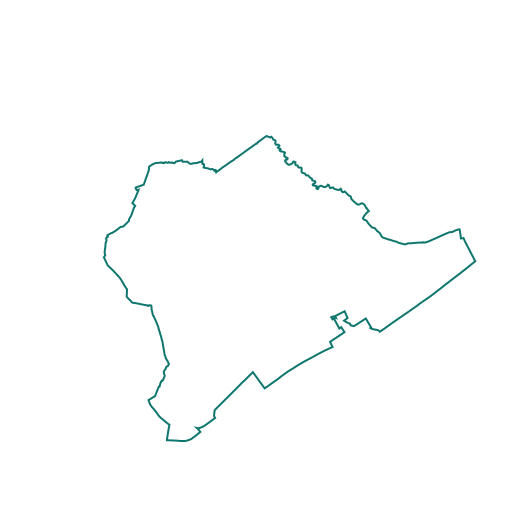 the district of Cuautitlán Izcalli, México, Mexico, rotated 54°
{"feature_id": "50627088B3961407760868", "entity_name": "Cuautitlán Izcalli", "entity_type": "district", "adm_level": 2, "iso_a3": "MEX", "parent_name": "Mexico", "parent_adm1": "México", "projection": "orthographic", "projection_center": [-99.233, 19.658], "detail": "fine", "context": "isolated", "style": "outline", "palette": "teal", "viewbox_px": 512, "rotation_deg": 54, "n_neighbors": 0, "source": "geoboundaries", "source_scale": "gbopen_adm2", "svg_char_len": 6080}
<svg xmlns="http://www.w3.org/2000/svg" viewBox="0 0 512 512"><g transform="rotate(54 256 256)"><path d="M176.4,381.5L183.5,380.2L191.7,379.2L195.2,379.0L204.9,380.0L207.1,379.9L213.0,384.6L221.0,383.5L223.9,380.6L230.1,374.9L232.3,372.7L232.9,372.7L233.1,372.5L233.1,371.2L234.5,369.9L236.3,370.7L237.1,371.4L237.9,371.9L241.8,373.5L242.9,374.1L244.4,374.3L244.6,374.1L245.6,374.3L246.4,374.6L249.7,375.2L255.4,376.6L258.2,377.7L266.6,380.6L268.5,381.5L269.8,381.8L282.5,388.1L284.6,388.5L285.6,389.1L288.8,389.3L292.1,389.9L292.6,390.8L293.3,392.2L293.0,393.2L293.0,393.6L293.0,393.9L294.0,395.1L294.5,396.2L294.6,397.2L295.1,397.9L295.4,398.5L296.2,399.0L296.6,399.4L297.8,399.8L298.8,400.0L299.3,400.3L299.6,400.6L300.7,402.7L301.6,403.7L301.7,404.0L301.5,404.8L301.9,405.1L301.9,405.4L301.8,406.0L301.7,406.5L301.8,406.8L302.3,407.1L302.7,408.1L305.0,410.9L304.6,411.5L310.0,420.0L309.4,427.6L311.6,428.3L314.2,429.0L316.6,429.0L321.9,428.5L325.5,428.5L327.9,428.6L330.8,428.2L339.7,425.9L341.6,425.2L345.3,429.1L351.9,435.7L352.7,436.3L359.3,428.0L361.3,425.8L363.9,422.3L364.9,420.0L365.6,417.7L366.0,416.1L366.0,412.7L365.6,404.4L361.8,404.6L360.4,404.9L361.4,404.0L361.9,403.0L362.3,401.8L363.0,398.2L363.1,392.7L363.0,384.3L361.5,384.1L360.7,383.9L359.1,382.5L357.9,381.4L356.9,380.5L356.5,380.1L356.3,379.4L355.2,372.4L352.0,351.8L350.2,341.0L349.8,337.4L348.1,326.8L368.2,326.8L368.3,316.4L368.4,311.0L368.2,306.0L368.2,298.2L368.7,292.3L369.0,286.2L369.8,278.4L370.9,270.8L371.8,263.2L372.9,256.1L374.6,247.5L369.0,246.6L369.6,229.2L363.7,228.9L363.7,231.2L352.5,229.7L352.3,231.3L349.7,231.1L350.1,229.4L350.4,228.9L350.8,228.7L352.1,228.4L353.1,227.7L351.1,227.4L352.8,216.8L360.0,218.4L360.1,222.8L363.0,221.6L366.1,219.7L367.7,220.2L370.3,218.0L370.7,212.0L371.1,203.9L381.7,204.9L381.6,205.8L382.2,205.6L384.1,204.3L385.4,203.0L387.1,201.4L388.2,200.7L389.5,200.2L390.0,200.3L390.2,195.3L390.2,187.8L390.5,173.6L390.7,168.4L390.9,155.5L390.8,150.6L391.1,138.5L390.8,128.7L390.8,126.4L390.5,120.5L390.2,110.1L389.8,95.0L389.1,81.7L367.2,78.4L363.4,77.6L362.3,79.9L355.6,76.3L354.0,75.7L353.2,77.5L352.6,79.3L352.0,82.9L350.4,85.8L349.9,87.8L348.7,93.2L347.1,101.4L346.9,101.7L345.8,107.3L344.6,111.0L343.6,112.6L343.1,112.8L342.9,113.1L343.1,113.3L340.4,117.1L336.5,123.6L335.0,125.7L334.7,127.5L334.1,128.8L330.7,131.6L328.8,133.1L327.0,133.9L324.9,135.8L322.2,137.6L320.5,139.1L315.5,142.6L313.9,142.9L311.4,142.5L309.9,142.4L307.4,143.2L306.2,143.4L304.5,143.4L303.2,143.6L302.7,143.9L302.2,144.5L300.9,145.4L295.7,146.0L292.6,145.8L292.2,145.9L290.0,147.2L289.1,147.4L288.5,147.4L287.9,146.6L287.0,144.5L286.0,140.2L286.1,138.4L284.7,138.3L283.2,138.5L282.4,138.3L281.8,138.6L279.1,138.2L277.7,138.2L276.0,139.0L275.4,139.6L275.0,142.1L274.4,143.3L273.6,143.7L269.7,144.8L265.9,145.3L263.8,144.4L262.8,144.7L261.0,145.6L257.4,146.0L255.9,146.3L255.7,147.9L255.5,148.2L255.2,148.4L254.5,148.6L253.4,148.6L252.3,147.9L251.7,147.9L251.8,148.1L251.4,148.7L251.4,149.2L251.4,149.8L251.3,150.2L250.5,151.0L248.0,153.0L247.2,153.3L245.9,153.3L245.4,154.1L245.1,155.5L244.4,156.1L241.5,155.5L240.8,155.7L240.5,156.0L241.0,156.8L241.1,157.2L241.0,159.0L240.8,159.9L239.4,161.0L237.8,161.8L237.2,162.4L237.0,163.0L236.9,164.8L238.0,165.9L238.1,166.5L238.1,166.9L237.8,167.1L237.2,167.4L236.9,167.3L236.5,167.2L236.1,166.9L235.3,165.9L235.1,165.9L234.9,166.0L232.5,168.2L232.2,168.4L231.6,168.2L231.4,167.5L231.6,165.4L231.3,164.7L230.9,164.4L230.5,164.3L230.0,164.4L229.6,164.7L228.8,165.4L228.0,165.9L227.4,165.9L226.6,165.5L226.2,165.3L224.4,166.2L221.8,166.4L221.3,166.6L221.0,166.9L220.5,167.9L220.4,168.0L219.4,168.1L218.2,168.0L217.5,168.3L216.8,169.0L215.9,169.6L215.3,169.8L214.8,169.7L213.7,169.0L211.9,167.5L211.6,167.4L211.1,167.6L210.6,168.0L209.8,169.2L209.5,169.3L209.3,169.5L208.9,169.6L208.3,169.3L207.4,169.2L206.8,169.5L206.3,170.1L205.7,170.4L205.3,170.4L204.6,170.1L204.2,169.9L203.6,169.1L203.2,168.9L202.5,169.3L201.6,170.1L201.6,170.8L201.8,171.1L202.4,171.8L202.4,172.5L202.2,174.0L202.0,174.3L201.8,175.2L201.5,175.9L200.2,176.5L197.0,176.8L196.1,176.6L195.5,175.3L196.2,174.4L195.8,173.1L195.4,172.9L192.0,174.5L189.9,172.9L189.7,172.0L189.2,171.8L187.8,172.7L185.6,174.7L184.6,174.8L184.4,173.5L183.5,173.3L182.8,174.1L182.1,174.4L181.2,174.6L180.6,172.3L179.3,172.3L177.9,174.1L177.4,174.6L176.2,174.2L175.6,173.8L175.0,172.9L174.5,172.6L173.8,172.5L171.9,173.6L170.2,173.2L168.5,173.6L168.5,174.8L165.1,177.0L165.0,178.5L165.1,187.4L165.2,188.6L165.4,188.6L165.6,188.8L165.6,189.3L165.2,190.1L165.1,203.0L165.1,213.8L164.9,215.7L165.2,217.2L164.9,221.2L164.9,226.3L164.7,230.8L164.8,233.6L164.8,234.8L164.9,236.4L164.8,237.7L164.9,239.1L164.4,239.0L163.7,239.1L163.4,238.9L163.2,238.1L162.6,238.1L162.4,238.5L162.3,239.6L161.1,239.7L160.1,240.0L159.7,240.6L159.3,241.8L156.8,243.4L154.7,245.5L153.6,246.4L153.4,246.3L153.0,245.4L152.0,244.6L151.3,244.3L150.8,244.3L150.5,244.6L150.3,245.0L150.0,245.2L149.1,244.5L148.5,244.2L147.1,243.2L147.6,244.9L146.6,247.0L146.0,249.3L144.4,251.6L143.3,254.5L141.6,255.6L139.5,256.0L136.6,260.0L135.0,259.6L132.6,265.1L132.6,265.6L132.8,266.2L133.0,267.2L132.5,268.0L131.8,268.4L131.7,268.6L131.0,268.9L130.8,269.8L129.6,270.8L129.3,271.3L128.8,271.5L128.9,272.0L128.9,272.5L128.4,272.9L127.0,274.0L126.9,274.2L126.8,274.7L126.4,275.7L126.3,275.9L126.6,276.0L126.2,276.5L125.7,276.8L125.4,276.9L125.3,277.1L125.3,277.4L124.8,277.8L124.3,278.1L124.2,278.3L124.1,278.8L122.4,281.6L121.8,282.6L121.6,283.2L121.2,285.0L120.9,288.1L120.9,290.0L122.5,291.3L124.1,292.9L124.2,293.1L132.3,304.9L129.9,313.1L130.9,313.7L132.5,313.8L133.3,312.0L134.7,314.0L138.2,319.8L140.6,324.9L144.5,324.3L145.2,326.4L149.9,333.1L151.8,337.3L152.9,338.0L153.5,341.8L153.8,344.1L154.1,345.5L154.0,346.6L152.9,348.3L152.9,349.6L153.0,351.2L153.1,354.2L152.8,358.6L152.3,360.0L151.9,364.1L152.5,364.6L153.3,364.6L153.3,366.0L153.7,366.9L154.5,367.4L155.2,367.5L156.0,368.3L156.8,369.7L160.9,373.3L161.9,374.4L164.2,376.4L165.6,377.1L166.8,377.5L167.6,379.8L176.4,381.5Z" fill="none" stroke="#0f766e" stroke-width="2"/></g></svg>